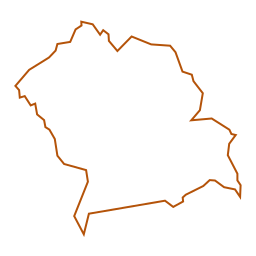 outline of Konche, Konče, North Macedonia
{"feature_id": "65306769B3097110342626", "entity_name": "Konche", "entity_type": "district", "adm_level": 2, "iso_a3": "MKD", "parent_name": "North Macedonia", "parent_adm1": "Konče", "projection": "mercator", "projection_center": [22.397, 41.52], "detail": "fine", "context": "isolated", "style": "outline", "palette": "amber", "viewbox_px": 256, "rotation_deg": 0, "n_neighbors": 0, "source": "geoboundaries", "source_scale": "gbopen_adm2", "svg_char_len": 829}
<svg xmlns="http://www.w3.org/2000/svg" viewBox="0 0 256 256"><path d="M83.8,234.3L88.9,213.7L165.0,200.7L173.2,206.9L183.1,201.5L182.7,197.5L185.8,194.7L203.3,186.0L209.7,180.1L215.0,180.5L224.1,187.2L235.0,189.4L240.1,196.9L240.6,185.2L237.4,180.4L237.4,173.7L227.8,155.2L229.2,143.8L235.7,135.0L231.4,134.0L229.4,129.7L211.7,118.5L191.3,120.3L199.9,110.2L202.8,93.2L193.5,81.2L191.8,74.7L182.5,71.6L175.5,52.2L170.1,45.7L151.2,44.4L131.6,36.5L117.4,51.0L108.9,40.9L108.5,34.3L103.2,30.2L100.1,34.7L92.7,24.3L81.3,21.7L81.5,25.5L75.6,29.4L70.2,41.9L57.4,44.0L55.6,50.6L49.0,57.5L29.2,69.8L15.4,85.9L19.1,90.1L19.8,97.6L24.7,96.1L30.7,105.4L35.2,103.6L37.1,114.4L44.1,120.1L45.4,127.1L49.4,129.6L54.8,139.0L57.4,155.7L64.1,164.0L86.1,170.1L87.9,181.7L74.2,216.1L83.8,234.3Z" fill="none" stroke="#b45309" stroke-width="2"/></svg>